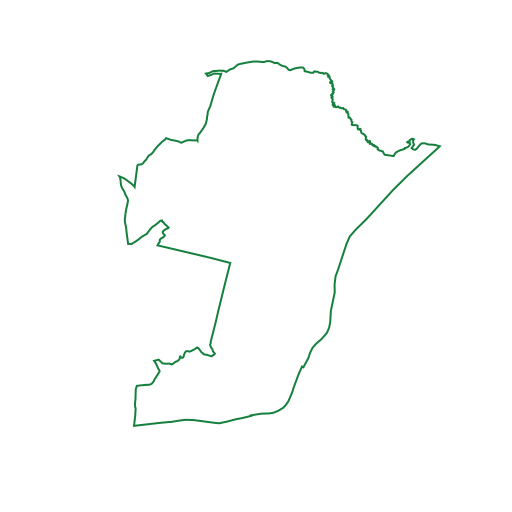 the district of Soplaviento, Bolívar, Colombia, rotated 194°
{"feature_id": "7082276B6546865194855", "entity_name": "Soplaviento", "entity_type": "district", "adm_level": 2, "iso_a3": "COL", "parent_name": "Colombia", "parent_adm1": "Bolívar", "projection": "orthographic", "projection_center": [-75.12, 10.341], "detail": "fine", "context": "isolated", "style": "outline", "palette": "green", "viewbox_px": 512, "rotation_deg": 194, "n_neighbors": 0, "source": "geoboundaries", "source_scale": "gbopen_adm2", "svg_char_len": 6122}
<svg xmlns="http://www.w3.org/2000/svg" viewBox="0 0 512 512"><g transform="rotate(194 256 256)"><path d="M230.6,95.2L222.0,99.7L222.4,100.1L217.9,102.1L212.4,104.4L205.2,106.4L201.0,108.2L196.6,111.5L192.9,115.3L191.0,118.8L189.5,122.7L188.9,126.2L187.9,132.4L187.6,137.6L186.2,150.3L184.6,159.9L183.1,159.5L180.4,170.1L180.2,174.8L178.9,180.7L176.1,186.0L172.1,191.6L168.5,198.9L167.7,204.1L168.0,209.8L170.1,221.0L170.8,239.7L172.9,247.5L173.9,255.8L173.1,262.3L171.1,289.7L169.7,297.8L165.3,306.2L158.1,317.9L138.8,353.5L128.4,370.6L104.2,406.9L109.2,407.1L116.0,405.9L119.3,406.2L122.5,405.4L124.2,402.9L126.0,398.9L127.3,397.5L129.1,397.5L131.1,398.3L129.6,402.2L130.9,404.0L131.6,406.2L131.0,407.4L131.5,407.6L131.8,407.5L132.6,407.6L133.3,407.3L134.8,405.8L134.9,405.3L134.7,404.8L134.9,404.5L136.4,403.7L136.8,403.0L135.9,402.7L134.3,403.1L134.0,402.5L133.6,402.2L133.5,401.7L134.2,399.6L135.4,398.2L136.2,397.5L137.7,396.8L137.6,396.0L137.8,395.8L140.6,394.1L141.1,393.9L143.4,392.1L145.2,390.4L146.0,388.6L146.7,386.2L155.7,385.4L157.1,386.7L158.2,388.1L158.8,388.2L159.5,388.1L160.1,388.3L160.9,388.2L162.0,388.3L162.7,388.4L163.5,388.8L163.9,389.2L163.7,389.8L163.9,390.3L165.3,391.1L165.6,390.9L166.4,391.0L166.7,391.0L166.8,391.5L167.9,391.4L168.1,391.5L168.4,392.2L168.6,392.3L168.9,392.3L168.7,391.4L168.8,391.3L169.0,391.3L169.6,391.6L170.5,392.8L171.2,392.6L171.7,392.9L172.0,392.9L172.3,392.5L172.8,392.4L172.9,392.6L172.7,393.4L173.4,393.4L173.5,393.6L173.0,394.4L173.1,395.0L173.4,395.1L173.7,394.4L174.3,394.2L175.0,393.6L175.6,394.2L175.7,395.1L176.2,395.3L176.5,394.8L176.8,394.9L177.5,395.5L177.9,396.4L178.0,398.0L178.2,398.5L178.6,398.8L179.4,399.0L179.7,399.7L181.1,400.3L182.7,400.6L183.2,400.8L184.0,401.8L184.4,402.9L185.0,403.2L185.3,403.6L185.3,404.5L185.7,404.6L186.2,404.4L187.0,403.5L187.9,403.8L188.5,405.1L188.6,406.4L188.9,406.9L189.2,407.1L190.4,407.2L194.3,406.3L194.8,406.5L195.1,407.1L194.8,408.9L194.9,409.2L195.8,409.6L196.2,410.1L196.3,411.2L196.4,411.4L197.4,411.8L198.1,412.8L198.5,413.0L199.6,412.6L199.9,413.0L200.0,413.7L200.4,414.5L200.7,416.1L201.0,416.4L201.6,416.7L201.9,418.1L202.2,418.2L202.2,417.4L202.5,417.2L203.0,417.5L203.4,417.9L203.8,419.2L204.0,419.5L204.9,419.8L206.1,419.7L206.6,419.9L207.1,420.6L207.4,420.6L208.9,420.0L209.3,420.0L210.3,420.4L210.8,420.1L211.5,420.2L212.4,420.9L212.6,420.9L213.2,420.7L213.6,420.0L214.3,419.7L215.2,419.9L216.5,419.7L216.8,419.8L217.1,420.1L217.2,420.5L216.5,420.9L215.8,421.0L215.9,421.3L216.2,421.5L217.8,421.2L218.2,421.3L218.2,422.0L217.3,422.9L217.1,423.3L217.9,423.6L218.9,423.5L219.1,423.7L219.4,424.2L219.3,425.0L219.6,426.0L219.5,426.8L220.0,427.2L220.7,427.4L220.9,427.7L221.0,428.0L220.1,428.9L220.3,429.4L221.0,429.7L221.8,429.7L222.1,430.2L221.7,430.9L221.1,431.1L220.8,431.4L221.1,432.1L220.2,433.0L220.2,433.3L220.4,433.6L221.2,434.0L221.3,434.2L220.5,435.8L220.5,436.7L220.8,437.0L221.3,436.4L221.8,436.4L222.1,438.6L223.2,439.2L223.3,439.6L222.7,440.5L223.2,441.2L223.9,441.6L225.6,441.8L226.0,442.0L226.1,442.6L225.8,442.9L224.1,443.0L224.2,443.8L226.7,445.3L226.9,445.8L227.6,446.3L227.8,446.7L227.9,447.6L228.0,447.9L228.3,448.1L228.7,448.0L229.2,447.4L229.4,447.4L229.8,448.2L229.3,448.7L229.4,449.3L231.3,450.2L232.8,450.3L233.6,449.5L234.7,449.2L235.3,449.7L236.5,449.7L237.7,449.2L238.9,449.1L240.4,449.6L241.6,449.6L242.7,449.3L244.0,449.3L244.9,447.6L247.5,447.0L249.8,447.2L253.5,447.1L253.9,448.4L255.0,449.7L256.0,450.2L257.3,450.0L259.6,449.3L263.7,447.4L266.1,445.8L267.2,444.8L268.4,444.4L269.7,444.7L271.1,445.9L273.2,446.9L276.5,446.8L279.9,447.7L281.5,448.5L282.4,448.4L284.4,447.7L288.1,448.4L290.7,448.2L292.9,447.6L294.6,446.4L296.6,445.8L301.9,445.0L305.8,444.0L312.9,440.9L318.5,438.2L320.1,437.1L323.2,432.7L326.2,430.9L329.4,427.4L330.7,427.8L331.9,427.7L333.0,427.9L334.1,427.3L335.5,427.3L340.6,425.5L342.0,425.2L343.4,424.2L345.5,422.3L348.7,420.9L346.4,419.0L343.3,420.8L341.0,422.8L334.6,424.1L333.9,424.4L334.0,422.8L336.1,402.8L336.6,390.4L337.4,385.8L337.6,383.8L337.2,381.7L337.2,379.6L336.7,376.5L336.7,372.4L337.0,370.9L338.3,366.5L340.5,361.1L341.1,360.3L341.4,358.0L341.0,355.0L340.7,353.7L341.1,354.0L343.1,353.4L349.5,352.1L351.8,351.0L355.9,347.8L358.9,348.4L361.6,348.4L366.7,348.1L371.7,348.6L372.5,346.8L374.4,344.6L377.9,338.9L379.9,334.8L381.0,331.8L382.3,329.5L383.7,328.2L384.6,327.1L385.8,323.1L386.9,321.3L388.1,318.6L389.3,317.2L392.4,316.1L393.0,315.3L390.5,293.7L391.2,294.3L394.3,296.0L401.5,299.0L404.2,299.7L407.8,300.2L407.0,299.4L405.8,296.8L404.2,292.3L402.8,290.1L399.9,287.1L398.5,285.5L397.6,284.0L394.8,281.0L393.6,278.9L393.4,276.5L393.2,268.3L392.2,260.3L391.9,258.6L391.0,256.4L388.8,251.9L387.0,246.8L383.0,236.8L379.6,237.6L375.9,241.4L373.5,244.2L371.6,246.9L367.3,251.1L365.1,256.4L363.5,259.3L361.5,261.3L359.7,263.6L357.3,267.1L355.7,267.6L355.4,266.8L354.9,266.4L354.0,266.4L352.6,265.1L347.6,262.4L347.7,261.9L350.0,260.3L350.7,259.5L351.7,258.3L352.2,257.4L352.3,256.7L352.1,256.1L351.4,255.3L349.6,254.1L349.4,253.8L349.5,253.4L350.4,251.9L352.4,250.0L353.2,248.7L353.2,247.9L352.8,246.8L352.9,246.4L353.3,245.1L353.7,244.5L354.1,242.5L300.0,243.2L279.3,243.0L279.4,220.7L279.3,193.3L279.1,181.1L279.2,161.8L278.8,160.4L279.1,158.9L278.1,157.1L275.5,154.6L274.9,153.3L272.3,151.3L272.4,150.9L273.1,149.9L275.0,147.9L279.1,148.2L283.1,148.0L284.0,148.8L285.5,149.3L289.5,152.6L290.9,153.0L293.1,150.6L296.3,147.8L297.5,147.1L299.0,147.2L300.0,147.0L300.9,146.6L301.6,145.1L302.0,142.2L301.9,140.6L302.7,139.4L303.7,139.3L305.2,140.2L305.5,139.4L305.1,138.4L305.5,136.9L307.0,134.8L308.5,133.9L310.2,131.7L311.5,130.4L314.4,130.6L316.4,129.9L318.7,129.4L320.6,129.3L321.3,129.4L321.7,129.8L325.4,131.9L329.5,129.6L328.2,128.5L325.7,125.9L323.6,123.0L322.6,122.2L322.1,121.7L321.6,120.6L324.7,111.4L325.0,109.4L326.3,106.8L327.6,105.7L329.2,105.0L332.4,104.1L340.2,101.2L340.4,97.4L338.4,88.4L337.6,82.7L336.5,79.7L336.0,79.3L334.4,70.9L333.3,61.7L309.5,70.6L300.4,73.8L298.1,74.5L291.4,77.4L284.8,80.0L277.0,81.7L255.8,84.1L251.2,84.8L243.1,88.8L236.5,92.5L230.6,95.2Z" fill="none" stroke="#15803d" stroke-width="2"/></g></svg>